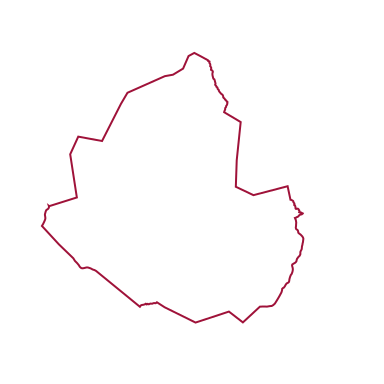 the district of Santa Rita, Copán, Honduras, rotated 206°
{"feature_id": "27666195B5309691152519", "entity_name": "Santa Rita", "entity_type": "district", "adm_level": 2, "iso_a3": "HND", "parent_name": "Honduras", "parent_adm1": "Copán", "projection": "albers", "projection_center": [-89.049, 14.871], "detail": "fine", "context": "isolated", "style": "outline", "palette": "rose", "viewbox_px": 384, "rotation_deg": 206, "n_neighbors": 0, "source": "geoboundaries", "source_scale": "gbopen_adm2", "svg_char_len": 5219}
<svg xmlns="http://www.w3.org/2000/svg" viewBox="0 0 384 384"><g transform="rotate(206 192 192)"><path d="M231.9,315.1L232.5,315.4L232.9,315.6L233.1,315.8L233.2,316.3L233.3,316.6L233.4,316.9L233.5,317.0L233.9,317.0L234.1,317.0L234.5,316.9L234.8,316.8L235.1,316.9L235.2,317.0L235.3,317.2L235.4,317.4L243.6,317.8L250.9,318.0L254.7,312.7L254.1,299.0L260.5,289.1L267.2,284.2L293.5,252.9L294.5,240.0L295.2,198.4L318.5,191.9L318.0,172.5L293.1,136.6L314.1,116.7L314.6,116.8L314.4,116.6L314.2,116.3L314.1,116.1L314.0,115.8L313.9,115.5L313.8,115.3L313.8,115.1L313.8,114.8L313.9,114.0L314.0,113.7L314.2,113.3L314.3,113.0L314.8,112.4L314.9,112.2L315.0,111.7L315.0,111.4L315.0,110.9L315.0,110.5L314.7,109.0L314.5,107.9L314.4,107.5L314.2,107.0L313.8,106.4L313.2,105.6L312.7,104.8L312.4,104.4L312.2,103.9L312.1,103.5L312.0,103.2L311.9,102.3L311.8,100.5L311.8,99.4L311.8,98.2L311.8,97.7L311.9,96.8L312.0,95.7L288.7,86.6L269.6,80.4L267.1,78.8L266.0,78.4L264.0,77.7L262.7,77.1L261.4,76.5L260.6,75.9L259.6,75.4L258.2,75.1L257.2,75.3L256.2,75.9L255.2,76.7L254.6,77.2L253.8,77.9L252.6,78.5L251.3,78.7L249.8,78.9L248.6,78.9L247.6,78.8L246.5,78.9L245.5,79.1L243.6,79.0L188.5,66.0L188.4,66.4L188.4,67.1L188.3,67.5L188.2,67.7L187.9,68.1L187.5,68.5L186.9,68.9L186.2,69.4L185.3,70.2L185.1,70.5L184.8,71.0L184.6,71.3L184.4,71.3L184.1,71.3L184.0,71.1L183.8,71.0L183.7,71.0L183.4,71.1L183.2,71.4L183.2,71.6L183.2,71.8L182.9,72.0L182.7,72.1L182.4,72.1L182.1,72.0L181.9,72.0L181.6,72.2L181.4,72.3L181.3,72.5L181.2,72.6L181.0,72.9L180.9,73.0L180.6,73.4L180.3,73.5L180.1,73.6L179.4,73.9L178.9,74.1L178.7,74.3L178.5,74.5L178.1,75.0L177.8,75.2L177.6,75.4L177.3,75.6L177.0,75.7L176.6,75.8L176.3,75.9L176.1,76.0L175.9,76.1L175.8,76.3L175.6,76.5L175.4,77.1L175.3,77.3L175.2,77.5L166.0,76.4L131.6,76.2L106.4,100.7L89.1,97.1L80.7,118.7L77.8,120.3L74.3,121.9L72.1,123.5L70.4,124.5L69.4,126.0L68.6,128.0L68.3,130.7L68.0,133.8L67.8,136.5L67.7,138.7L67.6,140.9L67.8,142.2L68.0,143.2L68.5,144.5L68.1,145.6L67.5,146.4L67.2,148.0L67.2,148.8L67.1,150.1L66.8,151.4L66.0,152.4L65.5,153.3L65.6,154.6L66.2,156.3L66.6,158.4L66.8,160.6L66.5,162.1L66.7,164.1L67.0,165.4L67.5,166.8L68.3,168.0L69.2,169.0L69.9,169.9L70.1,170.8L69.4,172.0L68.3,173.6L67.9,174.7L67.8,175.6L68.1,176.6L68.3,178.0L67.9,180.2L67.3,181.9L67.3,183.4L67.9,184.8L68.3,185.5L68.4,187.0L68.3,188.4L68.7,189.8L69.1,190.7L69.4,191.6L69.6,192.9L70.0,194.1L70.3,195.6L70.9,197.3L71.4,198.8L72.1,199.6L73.3,200.4L75.6,201.3L77.3,201.6L78.4,201.9L78.9,202.4L79.4,203.2L79.9,203.7L80.5,204.1L82.0,204.3L82.6,204.8L83.2,205.7L83.5,206.8L84.4,208.9L84.9,210.2L85.6,211.2L86.3,212.2L88.1,213.8L87.8,214.1L87.4,214.4L87.2,214.7L86.8,215.3L86.7,215.5L86.3,215.8L86.1,216.1L85.9,216.4L85.8,216.8L85.6,217.3L85.5,217.7L85.5,218.0L85.3,218.3L85.1,218.6L84.9,219.0L84.7,219.2L83.6,220.0L83.4,220.4L83.3,220.7L83.2,220.9L83.0,221.2L83.0,221.3L83.4,221.3L83.7,221.3L84.1,221.3L84.7,221.4L84.8,221.4L85.1,221.3L85.8,221.0L86.5,220.8L86.8,220.8L86.8,221.1L86.7,221.4L86.7,221.5L86.8,221.8L87.1,222.0L87.5,222.2L87.6,222.3L87.7,222.5L88.0,222.5L88.3,222.7L88.4,222.9L88.4,223.0L88.5,223.1L89.0,223.3L89.5,223.4L90.0,223.2L90.5,222.9L90.9,222.5L91.0,222.4L91.3,222.4L91.6,222.5L91.8,222.7L91.8,222.8L92.0,223.2L92.3,223.6L92.8,224.3L93.1,224.6L93.3,224.9L93.6,225.1L93.8,225.1L94.0,225.0L94.3,225.0L94.5,225.2L94.7,226.1L94.8,226.3L95.0,226.6L95.6,226.9L96.1,227.1L96.3,227.2L96.4,227.4L96.5,227.5L96.7,227.9L96.8,228.0L97.1,228.2L97.4,228.3L98.3,228.4L99.1,228.4L99.5,228.4L100.1,228.2L108.6,239.1L135.4,216.1L154.9,215.9L165.7,240.1L178.9,276.2L198.1,277.8L198.2,278.2L198.3,279.1L198.4,280.7L198.5,281.0L198.7,281.4L198.8,281.6L198.9,281.9L198.9,282.1L198.9,282.3L198.9,282.5L198.7,283.0L198.7,283.3L198.7,283.5L198.8,283.8L198.9,284.0L199.0,284.3L199.0,284.5L198.9,285.0L198.8,285.3L198.8,285.9L198.9,286.5L199.0,287.0L199.3,287.3L199.5,287.6L199.4,287.9L199.4,288.0L199.5,288.3L199.6,288.5L201.8,289.2L202.0,289.3L202.1,289.5L202.3,289.6L202.5,289.6L202.8,289.6L203.1,289.7L203.3,289.9L203.5,290.1L203.9,290.3L204.2,290.4L204.7,290.4L204.9,290.5L205.0,290.6L205.3,290.7L205.5,290.9L205.6,291.1L205.8,291.5L206.1,291.9L206.6,292.3L207.1,292.7L207.3,292.8L207.6,292.9L207.8,292.9L208.1,292.9L208.7,293.0L210.1,293.6L211.2,294.1L211.6,294.3L212.1,294.7L212.3,294.8L212.6,295.3L212.9,295.5L213.0,295.6L213.5,295.7L213.8,295.8L214.1,295.9L214.3,296.1L214.5,296.4L214.8,296.8L214.9,297.0L215.1,297.1L215.4,297.2L215.6,297.2L215.9,297.2L216.1,297.2L216.3,297.4L216.6,297.8L216.9,298.0L217.2,298.1L217.6,298.2L217.8,298.3L218.0,298.4L218.2,298.6L218.3,298.8L218.3,299.0L218.3,299.3L218.3,299.5L218.5,299.9L219.7,301.3L220.9,302.7L221.2,302.9L221.4,303.1L221.6,303.1L221.9,303.1L222.0,303.1L222.4,303.2L222.9,303.7L223.4,304.3L224.1,305.1L224.6,305.7L224.9,306.2L225.2,306.6L225.6,307.5L225.7,307.8L225.8,308.1L225.8,308.7L225.9,308.9L226.0,309.2L226.1,309.4L226.3,309.6L226.6,309.8L226.9,309.9L227.2,310.1L227.3,310.1L227.5,310.1L228.0,310.0L228.4,310.1L228.5,310.2L228.6,310.3L228.7,310.5L228.8,310.9L228.8,311.0L228.9,311.4L229.0,311.7L229.2,312.0L229.3,312.2L229.5,312.3L229.9,312.6L230.4,313.0L230.7,313.1L230.8,313.1L231.1,313.9L231.4,314.5L231.6,314.8L231.9,315.1Z" fill="none" stroke="#9f1239" stroke-width="2"/></g></svg>